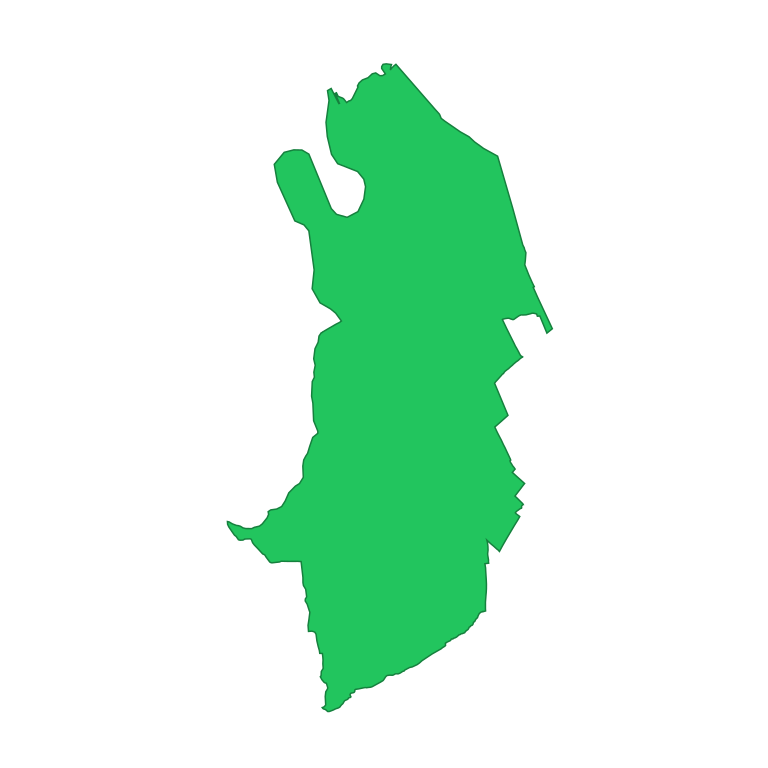 Sibot, Alba, Romania (Robinson projection), rotated 262°
{"feature_id": "2599482B82824801071491", "entity_name": "Sibot", "entity_type": "district", "adm_level": 2, "iso_a3": "ROU", "parent_name": "Romania", "parent_adm1": "Alba", "projection": "robinson", "projection_center": [23.303, 45.942], "detail": "fine", "context": "isolated", "style": "filled", "palette": "green", "viewbox_px": 768, "rotation_deg": 262, "n_neighbors": 0, "source": "geoboundaries", "source_scale": "gbopen_adm2", "svg_char_len": 6067}
<svg xmlns="http://www.w3.org/2000/svg" viewBox="0 0 768 768"><g transform="rotate(262 384 384)"><path d="M682.4,368.9L672.4,369.0L651.2,363.0L636.9,362.3L618.7,364.0L608.6,368.8L598.1,387.4L589.7,392.5L582.0,393.2L569.9,389.8L558.3,382.2L554.2,370.7L558.6,360.6L565.0,356.2L622.1,341.6L627.1,335.3L628.4,327.2L627.3,317.4L616.8,305.9L598.6,306.5L557.9,318.4L552.7,326.9L546.1,330.9L506.7,330.7L488.3,326.1L473.2,332.0L465.9,341.4L460.9,346.0L452.3,350.6L451.2,348.6L449.8,344.5L447.0,337.6L444.0,330.3L443.6,329.9L443.4,328.9L440.5,326.3L434.5,324.6L428.6,320.6L418.7,317.9L412.1,318.5L405.5,316.2L400.4,316.0L396.4,313.3L382.0,310.6L374.8,310.9L357.4,309.2L346.5,311.9L344.4,311.6L341.0,306.0L332.3,301.6L326.0,298.7L323.4,296.4L319.9,293.9L314.0,292.2L302.8,291.1L297.2,286.5L295.2,282.0L289.5,274.6L281.8,269.8L276.9,265.6L275.1,260.3L275.1,254.4L273.7,251.5L271.0,251.6L267.7,249.6L262.4,244.0L260.6,240.9L260.1,235.6L259.2,232.9L260.1,227.0L261.1,224.4L263.1,222.0L264.0,220.1L264.5,218.2L266.6,214.4L269.0,211.4L269.6,209.8L266.8,209.6L264.1,210.4L259.0,212.9L255.1,214.9L253.6,216.4L250.0,218.2L249.4,219.6L249.1,222.0L249.2,223.2L249.8,224.2L249.7,226.2L249.3,230.0L248.6,231.0L245.1,231.8L242.6,233.2L238.9,235.9L232.6,240.2L231.6,241.8L231.2,242.2L228.9,243.2L223.6,246.1L222.8,247.2L222.5,248.2L222.3,255.8L222.8,257.6L221.6,264.9L220.4,273.8L219.7,277.2L203.7,276.8L198.5,276.1L195.6,276.2L191.6,277.9L184.1,277.8L183.3,277.3L182.1,276.2L180.1,275.8L176.6,277.3L170.2,278.4L168.3,278.8L161.3,276.9L155.6,275.2L149.5,274.8L149.3,278.1L148.7,279.6L147.8,281.0L145.6,281.9L138.9,281.8L133.3,282.3L129.0,282.9L126.2,282.9L125.7,285.5L121.8,285.4L119.1,285.2L115.4,284.5L110.8,284.2L108.0,281.9L103.9,281.1L103.0,280.2L99.9,281.3L97.0,283.1L96.1,284.2L95.7,285.3L91.3,286.0L90.9,286.0L89.9,285.6L87.3,283.5L82.7,282.3L74.4,281.6L73.8,281.1L73.2,280.4L72.4,279.2L72.2,277.8L71.5,278.1L70.8,278.7L70.3,279.5L69.8,280.7L67.5,282.7L67.3,284.1L67.6,285.7L68.2,288.3L69.1,291.0L69.4,292.8L69.6,293.8L70.1,295.0L70.3,295.4L71.6,296.6L72.2,297.3L73.2,298.8L75.4,300.5L75.9,301.1L76.1,301.7L76.3,302.4L76.5,303.2L76.9,304.3L77.4,304.7L78.0,305.2L78.2,305.6L78.2,306.7L78.8,307.7L79.9,307.4L80.6,307.1L81.1,307.1L81.7,307.6L82.2,307.8L82.4,308.3L82.5,309.2L82.5,310.2L82.7,311.2L82.9,311.6L83.3,312.0L83.8,312.3L84.2,312.4L85.1,312.5L85.5,313.2L85.6,313.6L85.6,316.4L86.0,321.9L86.0,323.0L85.9,323.9L85.6,324.6L85.7,325.6L85.6,328.4L85.7,329.2L85.9,330.2L87.3,333.9L89.3,339.2L90.4,341.7L90.9,342.3L92.2,343.5L93.2,344.3L93.8,344.9L94.5,345.7L94.8,346.4L94.9,346.9L94.9,349.2L94.5,351.3L94.4,352.3L94.6,352.9L95.0,354.0L95.3,354.7L95.4,355.3L95.0,357.7L95.2,358.6L95.4,359.5L96.1,361.1L96.8,362.5L97.0,364.0L97.9,364.9L99.7,369.9L99.9,372.6L101.5,377.8L102.8,380.3L104.7,383.1L110.0,394.1L113.8,403.7L114.8,405.3L115.8,407.6L116.1,408.1L116.3,408.2L116.6,408.6L116.9,408.6L118.3,408.6L118.7,408.7L119.0,409.0L119.1,409.5L119.1,409.8L119.4,410.1L119.6,410.5L120.7,414.1L121.0,414.4L121.9,415.0L122.1,415.5L121.9,416.5L122.0,416.9L122.5,417.3L122.6,418.1L122.7,418.9L123.4,420.8L123.7,421.2L124.6,422.6L125.1,423.2L125.2,424.3L125.9,425.7L125.9,426.2L125.9,426.9L126.3,428.4L126.4,429.2L126.9,429.6L128.0,430.8L128.4,431.5L129.2,433.0L130.1,433.8L131.2,434.4L131.5,434.8L131.6,435.4L131.9,435.8L132.4,436.2L132.6,436.7L132.8,437.4L133.0,438.0L133.3,438.3L133.8,438.7L134.3,438.9L134.8,439.1L135.3,439.3L135.7,439.7L136.2,440.8L136.5,441.0L137.6,441.7L138.5,442.5L138.9,443.0L139.5,444.0L141.5,445.0L143.3,446.3L143.7,446.8L144.5,448.2L145.0,449.8L145.0,450.3L144.7,450.3L145.1,453.0L147.5,453.2L153.9,454.1L160.3,455.5L163.3,456.2L166.9,456.9L171.6,457.6L175.8,458.0L184.8,458.7L187.7,459.0L192.0,458.9L192.0,462.7L193.3,462.7L195.2,463.0L199.9,462.9L201.5,463.0L205.0,463.9L208.7,464.3L212.9,464.4L215.1,464.1L210.7,467.7L208.3,469.9L204.7,472.9L204.0,473.7L202.1,475.0L207.0,478.6L213.6,483.7L225.7,493.4L230.5,497.4L233.9,500.0L236.9,497.0L237.8,496.3L238.1,496.2L238.4,496.2L240.0,498.4L240.4,499.4L241.0,500.4L241.4,501.1L241.7,502.0L241.9,502.8L242.0,502.9L242.2,503.1L243.3,503.1L244.1,503.4L244.4,503.7L245.1,504.5L245.2,504.8L245.2,505.1L246.1,504.8L251.5,500.7L254.8,498.1L264.6,508.0L265.9,509.4L274.1,502.5L278.6,498.8L281.5,502.0L283.5,501.0L285.1,500.0L285.8,499.7L287.1,499.2L288.7,498.4L290.4,498.0L291.0,498.9L292.3,498.6L301.0,495.9L302.7,495.4L304.3,494.9L307.4,493.8L312.3,492.3L315.3,491.2L316.2,490.9L316.7,490.7L319.0,489.9L320.2,489.5L321.4,489.1L325.4,487.9L326.1,487.8L326.8,489.0L333.0,498.4L335.7,502.4L369.4,493.6L370.7,494.9L374.2,499.1L375.4,500.5L376.1,501.4L377.3,502.6L377.6,503.5L377.7,503.8L378.6,504.4L379.0,504.8L379.7,505.6L380.9,507.6L381.3,508.4L381.9,509.6L382.5,510.3L383.7,512.1L384.6,513.6L385.0,514.2L385.4,514.6L387.5,517.9L388.0,518.8L388.1,519.2L389.0,520.7L390.0,522.1L390.6,523.1L390.9,523.8L391.3,524.6L391.3,524.9L391.5,525.1L391.9,524.7L392.6,523.7L393.6,523.0L400.0,520.7L403.2,519.4L403.6,519.2L404.1,519.1L406.3,518.4L421.8,513.2L431.4,510.2L431.5,510.3L431.7,511.1L431.9,513.2L431.9,516.0L431.7,516.9L431.4,517.5L430.6,518.8L430.5,519.2L430.0,520.1L429.8,520.8L429.9,521.6L432.4,526.4L432.8,527.3L433.3,529.1L433.3,529.6L433.0,531.3L432.7,534.3L433.2,538.9L433.5,540.6L433.2,542.2L432.7,543.5L432.1,544.9L429.8,545.3L429.6,547.8L411.7,552.4L415.3,558.4L448.2,548.3L459.0,545.2L459.4,546.4L459.9,546.3L460.3,546.0L464.1,544.8L471.7,542.6L482.4,540.0L486.9,541.2L494.3,542.8L497.4,542.0L499.4,541.8L502.3,540.8L540.4,535.9L593.8,528.2L603.4,515.4L611.2,507.3L616.9,502.7L623.2,494.5L636.1,480.5L639.1,477.6L643.4,476.5L648.9,472.8L698.9,440.3L697.7,438.2L696.5,436.6L695.4,435.1L694.0,434.0L697.0,434.8L699.3,435.9L700.7,430.8L700.7,427.6L698.7,425.9L696.8,425.6L690.9,428.5L689.6,425.5L689.9,422.8L693.2,419.1L692.8,415.5L689.5,410.8L688.1,404.9L685.7,401.3L682.8,399.2L681.7,399.6L671.1,392.4L669.4,390.4L669.1,388.3L667.9,386.2L672.2,383.6L673.2,382.3L674.4,380.0L675.3,378.6L679.0,377.4L678.6,376.1L668.1,378.9L668.0,378.3L684.0,372.8L682.4,368.9Z" fill="#22c55e" stroke="#15803d" stroke-width="1.5"/></g></svg>